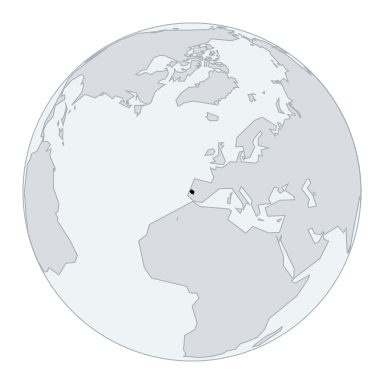 the Earth from above Évora, rotated 25°
{"feature_id": "PRT-744", "entity_name": "Évora", "entity_type": "District", "adm_level": 1, "iso_a3": "PRT", "parent_name": "Portugal", "parent_adm1": "", "projection": "orthographic", "projection_center": [-7.866, 38.601], "detail": "medium", "context": "on_globe", "style": "filled", "palette": "ink", "viewbox_px": 384, "rotation_deg": 25, "n_neighbors": 0, "source": "natural_earth", "source_scale": "10m", "svg_char_len": 10227}
<svg xmlns="http://www.w3.org/2000/svg" viewBox="0 0 384 384"><g transform="rotate(25 192 192)"><circle cx="192" cy="192" r="169" fill="#eef3f6" stroke="#a8b0b8"/><path d="M60.6,298.2L51.2,282.8L47.6,276.1L40.3,263.4L31.0,236.1L31.6,230.8L30.4,225.1L34.3,220.4L34.6,208.0L33.5,204.2L31.7,205.9L29.3,191.2L30.3,180.1L32.4,140.7L34.6,133.8L37.8,127.1L54.6,96.4L39.8,120.6L43.3,113.1L49.1,103.0L49.6,102.9L58.4,90.6L63.8,83.4L76.7,70.7L91.5,61.9L87.5,65.3L91.5,63.1L96.7,59.0L99.2,56.8L120.0,47.0L138.3,37.8L140.9,35.0L142.9,35.9L145.6,31.2L153.4,28.2L146.5,31.7L147.3,32.2L153.6,29.9L155.8,30.0L160.1,29.1L162.2,29.6L158.0,32.1L159.2,32.6L163.6,31.0L168.5,30.8L161.8,33.0L169.6,33.0L164.0,38.1L144.5,45.1L143.3,49.8L128.2,62.4L131.5,62.2L127.9,67.4L130.3,69.2L126.8,71.4L131.8,71.1L134.5,68.7L137.6,67.9L139.2,68.9L135.1,71.7L133.6,71.6L133.3,73.0L130.5,74.1L132.8,74.1L127.6,77.7L135.2,75.8L133.1,80.0L129.0,82.0L126.3,79.6L110.0,79.9L105.0,81.9L100.6,86.7L99.0,99.8L94.8,103.3L91.3,109.4L95.0,108.3L99.1,103.2L105.2,103.0L109.4,97.1L112.5,96.4L118.1,91.6L120.6,94.8L120.0,100.6L115.5,104.9L115.1,107.7L122.1,105.9L116.3,116.5L117.0,128.4L115.2,131.2L106.7,131.8L99.8,125.7L88.8,128.2L99.3,129.3L94.4,136.8L95.0,139.3L97.3,140.7L100.4,139.0L99.5,142.4L88.7,142.1L89.4,139.0L92.8,139.0L89.5,136.4L82.3,137.0L80.4,141.1L71.4,138.9L69.9,142.0L67.2,143.5L70.1,138.6L64.7,147.5L53.8,148.7L46.2,164.4L50.0,148.4L49.2,143.3L47.4,138.8L46.1,141.2L45.6,133.0L42.0,132.1L35.8,141.6L32.2,152.8L33.1,160.5L35.6,157.7L37.6,161.9L31.5,171.6L34.2,182.6L31.2,191.7L31.3,199.5L33.8,202.6L36.1,209.6L39.3,207.0L43.8,208.9L42.3,217.1L46.1,212.4L47.7,219.1L57.7,228.3L56.5,229.4L64.6,246.7L76.1,258.6L78.8,266.2L77.1,268.8L81.7,272.4L81.8,274.7L102.3,287.8L114.7,297.8L115.6,305.2L107.7,310.0L106.5,323.3L93.9,321.1L94.7,325.1L91.8,327.1L83.7,321.2L90.2,326.7L89.2,326.1L79.0,317.6L69.4,308.3L60.6,298.2ZM43.6,168.9L46.9,185.9L42.8,181.2L44.0,181.0L43.6,175.5L42.2,168.1L39.2,164.6L43.6,168.9ZM50.1,165.2L49.3,162.9L50.3,164.6L50.1,165.2ZM99.9,55.9L96.6,58.9L91.1,62.9L93.6,60.3L99.9,55.9ZM110.7,49.4L109.8,50.6L105.4,52.2L107.3,51.0L110.7,49.4ZM142.2,33.2L139.1,34.7L141.4,33.3L142.2,33.2ZM160.4,28.9L160.6,28.6L162.7,28.3L160.4,28.9ZM116.4,90.3L117.2,90.9L115.7,91.5L116.4,90.3ZM118.0,87.7L115.7,87.8L116.1,86.6L117.6,86.5L118.0,87.7ZM167.8,28.9L171.3,28.8L167.1,29.3L167.8,28.9ZM120.8,87.8L117.2,84.5L118.0,82.5L124.1,80.6L120.8,87.8ZM172.8,29.0L181.1,29.1L182.2,28.2L183.7,31.3L176.1,29.9L170.8,30.6L173.4,29.6L172.8,29.0ZM134.6,67.6L131.8,70.1L132.6,67.1L134.6,67.6ZM134.4,65.9L132.4,58.8L137.4,55.9L137.0,58.7L142.3,54.5L145.7,56.5L143.6,59.3L139.7,60.7L144.0,60.5L134.4,65.9ZM183.2,33.2L184.6,33.7L182.3,33.6L183.2,33.2ZM138.8,67.3L138.0,66.0L142.3,63.3L144.8,65.5L142.6,65.6L138.8,67.3ZM142.0,52.5L145.6,51.1L149.4,52.3L151.3,51.9L146.2,56.3L142.0,52.5ZM142.5,66.8L145.9,66.7L145.4,68.9L140.0,68.4L142.5,66.8ZM142.4,61.8L144.5,60.7L144.1,62.0L142.4,61.8ZM145.6,77.3L144.5,75.5L146.6,73.9L145.6,77.3ZM147.2,66.5L147.4,65.8L148.1,65.0L150.2,65.5L147.2,66.5ZM149.2,57.0L150.0,57.9L151.5,55.2L154.3,56.2L150.4,59.0L153.3,58.2L154.2,58.6L150.0,60.6L149.2,57.0ZM154.5,63.7L150.5,68.1L152.1,71.5L150.2,73.0L148.0,67.2L154.5,63.7ZM152.2,61.7L153.2,63.2L150.4,64.1L148.0,63.6L152.2,61.7ZM157.7,55.9L154.3,53.6L155.3,53.1L157.7,55.9ZM155.5,64.5L156.4,63.5L155.9,64.7L155.5,64.5ZM157.6,58.3L156.3,57.5L157.4,56.9L157.6,58.3ZM159.4,62.2L158.1,63.5L156.4,63.1L159.4,62.2ZM159.0,60.2L160.9,59.7L156.6,62.2L158.2,60.0L159.0,60.2ZM158.9,57.9L159.2,57.3L159.3,58.3L158.9,57.9ZM166.4,63.0L161.4,66.3L157.8,65.4L163.1,62.3L166.4,63.0ZM291.5,55.4L294.3,57.5L290.5,54.8L298.0,60.6L299.4,61.6L298.1,60.5L307.5,68.7L316.4,77.6L324.5,87.2L331.9,97.3L338.5,107.9L344.4,119.0L349.3,130.4L350.8,134.4L348.9,129.6L345.8,125.2L348.6,135.3L354.4,159.0L358.1,172.4L358.8,182.1L352.6,170.8L347.2,160.1L346.6,164.9L338.9,161.2L330.2,174.4L327.5,172.4L326.2,176.6L320.6,177.7L315.9,174.0L313.1,177.3L325.2,186.9L328.0,183.4L328.3,174.4L331.3,178.8L336.6,178.9L336.0,198.4L320.8,227.4L316.9,218.1L292.7,198.5L292.1,194.7L291.9,194.3L291.4,193.7L291.7,200.3L286.8,196.0L302.3,212.0L305.9,220.1L320.6,228.2L319.8,230.7L323.8,231.2L333.6,217.6L334.2,221.1L331.0,241.7L315.3,274.3L316.0,285.5L312.6,296.4L299.7,309.6L297.8,316.0L290.7,321.6L288.3,325.4L280.9,331.5L269.7,338.5L253.8,344.4L255.2,341.9L251.0,338.5L246.0,325.1L252.6,315.5L252.2,308.9L240.4,295.5L243.2,285.2L239.4,281.8L232.1,284.3L227.5,280.0L222.8,280.6L191.7,287.1L180.8,280.7L164.3,258.9L168.9,250.1L167.2,239.4L196.6,200.3L205.7,201.7L232.1,191.9L235.9,192.4L235.9,201.8L258.1,206.6L261.7,197.5L278.8,196.7L288.3,191.6L286.2,174.0L270.7,182.0L265.0,175.5L275.0,162.4L288.1,155.8L286.2,153.1L275.4,151.1L275.8,143.8L271.4,150.0L275.1,151.8L272.4,155.9L268.9,154.6L269.1,151.9L264.5,152.7L264.3,165.8L268.1,169.0L257.4,176.0L262.7,182.2L260.7,186.8L251.1,178.2L250.0,174.0L234.3,166.1L234.4,171.1L249.3,179.0L245.8,179.2L246.1,186.7L243.1,181.2L226.8,171.8L215.5,177.4L205.5,197.3L197.9,199.7L189.6,197.1L188.7,178.9L205.7,175.6L205.6,169.7L198.4,162.3L204.2,162.1L203.3,158.9L209.3,157.4L214.1,148.2L219.7,146.1L217.9,136.0L220.5,133.7L220.8,140.2L224.0,143.8L237.4,139.0L239.0,136.1L236.7,130.2L240.7,129.9L236.8,124.8L242.8,119.7L232.3,121.8L229.4,115.6L231.0,109.3L228.2,107.8L225.6,118.1L226.2,122.0L229.8,124.5L229.9,136.2L226.1,139.4L218.8,129.1L212.6,132.7L209.7,123.7L218.5,100.5L224.1,94.5L240.8,96.6L241.6,101.0L236.0,102.3L244.5,106.4L242.3,103.5L245.6,103.5L243.6,98.0L245.9,97.7L240.2,93.2L242.7,92.3L246.3,95.2L245.6,86.9L249.9,84.1L248.7,82.4L246.1,81.4L253.3,78.8L252.0,77.7L249.2,78.1L244.9,76.3L240.2,72.2L242.9,71.5L245.0,72.8L253.5,74.9L258.6,79.0L259.3,78.4L255.5,74.7L245.1,72.1L241.4,69.9L246.3,70.5L244.3,70.1L243.3,68.8L244.9,67.0L239.5,66.1L225.3,54.5L227.0,50.3L232.9,51.8L225.9,44.3L228.4,41.1L225.8,41.3L220.6,38.5L219.8,39.4L218.2,39.4L204.6,33.6L203.5,32.0L194.7,30.7L193.4,31.0L193.7,32.0L183.7,31.3L182.2,28.2L185.3,27.7L182.3,26.5L189.8,25.8L194.7,24.9L204.7,25.5L207.6,25.1L206.1,24.7L208.9,24.3L220.1,25.4L217.9,26.1L202.4,26.7L209.3,26.3L209.7,27.0L213.5,27.4L218.2,27.4L217.5,27.0L235.4,31.8L250.7,35.6L244.7,32.7L244.9,32.1L257.1,36.1L259.8,37.2L270.8,42.5L281.4,48.6L291.5,55.4ZM189.9,220.6L189.9,224.0L189.9,220.6ZM304.4,156.9L310.6,151.9L303.5,144.5L305.3,142.1L302.2,140.6L303.0,144.0L294.8,139.6L295.9,134.3L293.0,130.7L290.7,132.3L290.0,142.8L301.7,149.0L302.1,154.3L304.4,156.9ZM58.0,228.5L59.0,231.2L57.3,229.7L58.0,228.5ZM41.1,183.8L42.3,186.1L42.6,188.5L41.4,187.3L41.1,183.8ZM54.3,201.2L56.3,204.2L53.8,202.5L54.3,201.2ZM47.7,188.4L52.7,199.1L47.8,196.9L44.8,190.2L47.6,192.8L47.7,188.4ZM47.1,169.0L47.6,170.9L46.7,172.1L47.1,169.0ZM50.8,166.5L50.4,166.1L50.7,164.2L50.8,166.5ZM95.1,136.8L95.9,136.9L97.6,138.9L95.8,139.1L95.1,136.8ZM111.6,141.7L109.7,147.0L109.8,143.2L106.8,144.3L103.3,138.0L114.1,132.3L109.8,135.8L111.6,141.7ZM101.6,128.5L102.6,132.8L101.0,128.4L101.6,128.5ZM192.5,143.9L195.8,145.5L195.2,149.5L188.2,153.3L188.8,147.4L192.5,143.9ZM200.5,146.9L195.3,136.3L199.5,133.9L198.0,137.0L201.3,136.5L199.8,141.3L209.0,149.8L209.1,154.0L195.9,158.1L200.2,154.3L196.7,152.8L200.5,146.9ZM174.4,117.1L172.2,113.5L184.2,112.8L184.9,116.3L177.9,120.0L172.9,118.1L174.4,117.1ZM132.2,85.6L130.6,85.0L131.7,84.1L134.0,83.9L132.2,85.6ZM144.9,76.6L140.5,87.8L138.4,87.5L138.3,94.9L132.8,97.2L133.0,92.2L128.7,99.8L126.7,96.2L124.4,101.6L125.5,90.3L123.5,87.7L127.8,89.6L133.0,87.5L134.6,85.9L137.8,79.4L136.1,73.2L140.9,70.5L144.8,70.3L145.9,71.3L142.4,72.7L146.5,73.1L142.3,75.9L144.9,76.6ZM187.2,74.0L182.7,74.2L190.1,77.4L185.9,79.5L187.0,79.7L185.2,82.6L185.0,86.7L182.7,87.2L183.6,88.6L182.4,90.7L182.9,92.8L178.9,94.7L179.1,97.5L177.1,96.8L178.6,101.3L175.7,98.8L173.9,101.6L177.6,102.5L154.9,109.0L147.6,114.3L143.1,120.3L138.7,115.8L140.1,107.5L144.8,98.6L152.5,94.4L149.1,93.4L151.7,91.1L153.3,92.9L152.5,88.9L155.1,87.6L159.3,80.8L156.5,76.3L158.0,73.9L160.4,75.0L160.2,71.9L165.7,72.5L166.8,70.9L173.4,70.1L177.4,73.6L178.4,71.6L183.4,71.1L187.2,74.0ZM168.3,62.9L174.0,66.1L174.5,69.0L162.8,69.2L160.9,70.6L153.5,71.3L152.9,67.2L155.1,67.4L157.1,66.6L156.5,68.1L158.5,66.3L161.5,66.5L163.9,65.2L165.1,66.6L168.3,62.9ZM238.4,188.2L241.0,187.8L244.7,186.3L244.9,191.1L238.4,188.2ZM227.2,182.0L229.3,180.8L231.5,186.5L228.8,187.0L227.2,182.0ZM228.7,175.5L229.3,180.3L227.3,178.0L228.7,175.5ZM222.6,138.9L224.6,137.5L225.5,138.8L225.2,141.2L222.6,138.9ZM208.3,85.2L205.6,84.6L205.8,83.7L201.5,80.1L204.3,78.5L207.9,80.0L208.3,85.2ZM284.6,178.2L283.0,182.7L281.1,182.0L282.0,180.6L284.6,178.2ZM263.8,187.9L269.5,187.8L263.8,189.2L263.8,187.9ZM210.6,82.9L208.5,81.5L211.1,81.6L210.6,82.9ZM206.1,77.1L208.8,76.8L204.1,77.9L206.1,77.1ZM330.8,280.1L317.4,302.6L312.5,306.7L313.9,302.9L320.4,290.8L326.9,282.9L330.7,275.6L330.8,280.1ZM358.4,173.1L359.9,178.0L360.0,181.5L358.4,173.1ZM231.0,69.8L233.9,76.3L237.7,80.5L242.7,81.8L236.9,83.0L230.9,76.5L231.0,69.8ZM225.8,56.3L221.4,55.6L222.4,54.4L223.5,54.4L225.8,56.3ZM223.7,57.0L220.0,59.0L217.0,57.7L220.5,56.3L223.7,57.0ZM215.5,70.4L216.1,72.3L214.0,72.2L215.5,70.4ZM249.8,33.2L243.2,31.8L240.4,31.2L243.2,31.0L245.3,31.7L247.9,32.6L248.0,32.6L249.8,33.2ZM185.7,33.2L184.7,33.7L184.4,33.0L185.7,33.2ZM217.8,40.0L215.5,39.8L215.3,38.8L217.8,40.0ZM209.1,38.9L211.0,40.1L207.9,39.1L209.1,38.9ZM215.3,42.8L211.2,40.7L216.8,42.4L215.3,42.8Z" fill="#d9dde1" stroke="#a8b0b8" stroke-width="1"/><path d="M193.5,191.5L193.4,191.6L193.3,191.9L193.4,192.0L193.2,192.3L193.2,192.5L193.3,192.5L193.5,192.8L193.6,193.0L193.4,193.0L193.4,192.8L193.1,192.9L193.0,193.0L192.9,193.1L192.4,193.2L192.2,193.0L191.9,192.9L191.7,192.9L191.3,192.8L191.2,192.8L191.1,192.7L191.0,192.4L190.9,192.3L190.8,192.2L190.7,192.2L190.4,192.2L190.2,192.1L190.3,191.9L190.5,191.7L190.4,191.5L190.5,191.4L190.8,191.3L191.0,191.3L191.0,191.2L191.1,191.3L191.3,191.4L191.3,191.5L191.4,191.4L191.3,191.2L191.1,191.1L191.1,190.9L191.3,190.8L191.4,190.7L191.5,190.8L191.4,190.8L191.5,190.9L191.7,191.0L191.8,190.9L192.0,191.1L192.3,191.1L192.5,191.1L192.7,190.9L192.8,190.9L192.7,190.8L192.8,190.8L192.9,191.0L193.0,191.1L193.0,191.3L193.3,191.3L193.5,191.3L193.5,191.5L193.5,191.5Z" fill="#0f172a" stroke="#020617" stroke-width="1.5"/></g></svg>